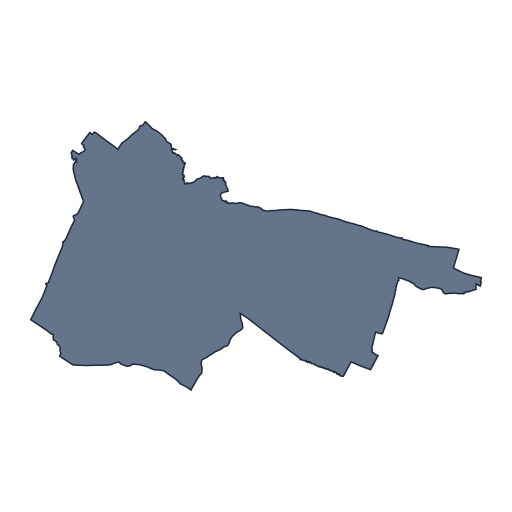 Carpen, Dolj, Romania (Mercator projection)
{"feature_id": "2599482B61425966956832", "entity_name": "Carpen", "entity_type": "district", "adm_level": 2, "iso_a3": "ROU", "parent_name": "Romania", "parent_adm1": "Dolj", "projection": "mercator", "projection_center": [23.264, 44.337], "detail": "fine", "context": "isolated", "style": "filled", "palette": "slate", "viewbox_px": 512, "rotation_deg": 0, "n_neighbors": 0, "source": "geoboundaries", "source_scale": "gbopen_adm2", "svg_char_len": 6043}
<svg xmlns="http://www.w3.org/2000/svg" viewBox="0 0 512 512"><path d="M370.5,369.7L378.1,355.5L376.9,354.9L376.0,355.0L373.5,352.9L372.0,352.1L372.3,349.5L371.6,347.8L372.4,345.8L375.5,332.2L381.3,333.8L382.3,333.7L382.6,333.3L389.1,315.1L389.7,312.0L392.0,305.1L395.0,294.1L395.0,291.9L395.9,289.6L395.7,288.9L396.0,287.3L396.4,286.7L396.2,285.3L396.8,284.7L398.0,280.8L398.9,280.4L398.4,277.9L399.8,277.9L400.7,278.4L402.6,278.7L409.0,281.2L414.0,283.9L416.1,286.4L421.9,289.5L424.0,289.5L426.0,288.6L431.5,287.3L435.1,287.6L439.5,288.4L441.0,289.0L442.1,290.0L443.4,292.8L445.7,293.9L449.0,293.3L453.1,293.3L455.4,293.0L457.6,293.6L463.8,293.7L464.0,292.6L465.8,292.6L466.1,291.5L468.7,291.9L468.9,291.6L470.2,291.1L476.0,289.4L476.1,287.7L475.8,286.5L476.0,284.0L478.0,284.6L477.9,285.2L480.3,286.1L480.9,283.6L481.1,281.9L480.5,281.6L481.3,277.6L471.9,275.5L463.2,272.9L453.4,268.0L459.0,249.4L457.9,249.0L447.3,247.3L428.1,246.4L428.4,245.6L416.6,243.1L408.0,240.4L403.5,239.5L401.5,238.6L401.8,237.9L400.3,238.2L399.2,238.0L398.8,237.5L397.7,237.6L386.8,234.1L378.2,232.0L377.7,231.9L377.5,231.4L376.3,230.9L376.1,231.2L375.5,231.2L371.7,230.2L361.7,226.1L356.2,224.7L353.4,223.7L350.5,223.2L347.9,222.2L346.3,222.3L344.2,221.1L343.4,221.1L339.4,219.4L329.1,216.9L324.6,215.3L319.4,214.2L317.2,213.2L316.7,213.3L315.4,212.7L314.1,212.6L310.2,211.1L300.4,210.4L296.2,209.7L295.1,209.8L290.7,209.4L279.5,210.0L275.0,210.7L274.7,210.4L270.8,210.8L270.4,210.4L269.5,211.0L267.4,211.1L263.1,210.2L260.4,208.0L258.7,207.2L256.8,206.7L255.7,207.0L252.0,206.2L250.4,206.3L248.6,205.7L248.6,205.3L245.5,204.5L243.0,203.2L242.3,203.3L241.0,202.9L238.6,202.7L237.3,203.5L231.8,202.9L230.2,203.5L228.5,202.7L228.2,203.1L227.1,203.0L225.6,202.1L225.7,201.7L226.6,201.5L226.0,200.9L225.9,201.4L225.4,201.6L221.8,199.9L221.5,199.3L221.7,198.6L220.7,197.3L220.5,196.1L220.5,194.8L221.6,192.9L228.2,191.1L227.8,189.4L225.4,184.2L225.9,182.4L224.8,182.4L224.6,182.1L224.7,181.3L224.2,181.2L224.2,180.1L223.9,179.9L223.3,180.2L222.8,179.7L223.4,177.8L219.4,177.8L217.7,176.9L216.8,177.4L216.4,176.9L216.0,178.1L215.0,178.0L214.5,177.6L213.8,177.6L213.4,178.0L210.7,178.2L210.3,178.0L210.2,177.6L209.5,177.5L209.4,176.6L209.0,176.4L206.6,176.3L205.4,176.6L205.0,176.4L205.1,176.0L204.9,175.9L203.7,176.3L203.4,176.0L199.9,178.3L197.1,179.0L194.6,181.6L193.6,182.2L191.7,182.6L190.5,183.2L189.6,183.1L187.9,183.9L187.4,183.5L187.7,183.1L187.6,182.9L186.8,182.9L186.1,183.8L184.6,183.8L184.5,181.5L183.6,180.7L184.0,179.9L183.7,179.5L183.1,180.0L182.9,179.8L182.7,179.0L182.8,178.6L183.3,178.3L183.1,177.5L184.2,177.1L183.8,176.5L184.2,176.1L183.6,174.8L183.3,175.0L182.4,174.3L182.2,173.9L183.2,171.9L183.2,171.3L182.8,170.9L183.0,169.8L183.6,169.3L183.2,168.9L183.7,168.0L183.6,167.0L184.1,166.7L184.0,166.4L184.5,164.5L185.2,163.8L185.3,163.2L184.8,162.6L184.1,163.0L182.8,162.0L182.6,161.1L182.9,160.7L181.1,159.2L181.8,158.5L181.6,157.7L179.9,156.5L178.6,154.9L177.7,154.6L176.8,155.0L174.9,153.1L173.7,152.8L173.8,153.2L173.4,153.5L172.6,152.5L172.1,149.7L173.0,149.2L175.4,149.8L175.7,149.6L173.6,149.0L173.4,148.6L171.6,148.9L171.2,145.3L170.6,143.9L167.2,141.9L165.6,139.9L165.8,138.9L163.2,136.6L162.4,135.4L157.0,131.1L151.9,128.4L149.9,126.0L147.7,124.2L147.4,123.3L145.3,121.9L144.6,122.5L144.1,123.6L142.8,125.1L139.9,126.1L138.8,129.2L137.9,130.1L132.2,134.5L127.8,138.7L121.7,143.3L119.3,146.9L117.9,149.5L113.9,146.1L106.6,141.0L97.4,133.9L94.6,132.1L94.2,132.2L92.7,134.2L92.3,134.4L89.8,132.5L81.6,143.4L81.6,143.8L84.2,145.8L83.5,147.1L85.2,149.3L85.0,150.0L83.8,151.4L80.6,152.9L79.1,154.4L72.6,150.3L71.2,152.8L71.4,154.0L72.0,154.9L71.7,156.1L71.8,156.5L72.5,157.2L71.9,157.8L71.9,158.1L72.4,158.7L73.5,159.0L73.6,159.9L75.3,159.0L76.1,158.2L76.7,158.9L76.8,159.9L75.6,160.9L76.6,161.9L75.3,162.0L74.8,162.4L73.3,165.1L73.5,166.6L73.1,168.5L73.8,172.4L75.7,179.9L76.7,183.0L77.5,184.5L78.5,187.9L78.9,187.9L79.4,190.3L83.6,201.5L78.0,213.2L76.6,214.3L73.4,215.8L73.2,216.6L74.6,220.2L70.7,227.8L66.1,238.5L64.6,240.7L62.7,242.0L63.1,243.7L62.4,246.6L56.5,260.9L54.2,266.8L52.4,272.2L48.3,282.7L45.7,283.7L45.8,284.1L47.0,285.3L42.4,297.0L36.4,308.4L35.6,309.3L35.4,310.3L30.7,319.7L46.9,330.5L51.2,333.9L53.3,334.6L53.1,337.4L53.4,339.7L55.9,341.4L57.1,342.6L57.2,344.3L58.3,344.9L58.5,345.6L59.4,346.1L59.9,347.0L60.3,349.0L59.8,350.0L60.6,352.4L60.7,353.7L59.6,356.0L59.8,356.3L73.1,365.0L85.7,365.5L108.9,365.0L111.7,364.4L114.2,363.2L118.9,362.0L121.0,364.1L127.2,366.4L130.5,365.6L132.8,364.1L139.7,364.7L147.4,366.9L151.1,368.6L153.4,369.4L155.0,369.8L160.0,370.1L164.2,371.0L170.1,375.4L175.9,379.3L178.4,381.6L180.0,383.7L185.8,386.5L191.1,390.1L192.6,386.8L194.1,384.5L196.4,380.2L199.4,375.6L201.3,373.6L201.7,372.9L201.9,371.9L202.1,368.0L201.6,365.8L201.1,364.9L201.1,363.5L201.3,361.9L201.8,360.3L202.3,359.6L207.4,357.1L209.6,355.0L210.6,354.9L215.0,351.9L220.2,349.6L224.7,346.4L226.3,346.2L227.6,345.5L228.3,344.8L229.3,342.5L230.5,339.0L232.4,336.3L236.5,332.5L240.1,330.5L242.4,328.5L242.8,327.1L242.4,325.2L242.4,323.7L240.9,319.5L240.2,313.5L244.4,316.0L248.1,318.5L284.8,347.1L298.4,357.3L299.1,357.5L299.4,358.4L300.0,358.8L300.2,359.7L300.7,359.6L301.3,359.0L301.7,359.7L303.0,360.3L304.7,360.6L304.9,360.4L305.6,361.3L306.2,361.1L306.3,361.7L307.5,361.6L307.8,362.2L308.3,361.5L308.9,362.3L309.3,362.4L309.7,362.1L309.9,362.7L310.4,362.4L310.9,362.7L311.6,363.7L313.8,363.8L314.7,364.3L315.1,365.2L316.0,365.1L318.2,366.6L319.0,366.4L319.4,366.9L319.9,366.6L320.5,367.1L321.2,366.9L321.5,367.4L322.4,367.2L322.8,367.7L323.7,367.7L323.8,368.3L324.5,368.6L326.2,368.5L326.3,369.1L326.6,369.2L327.9,369.0L327.9,369.4L328.6,369.9L329.4,369.6L329.6,370.2L330.3,370.7L330.9,370.5L331.6,371.1L332.8,371.2L333.4,371.8L333.9,371.6L333.8,372.2L335.0,371.8L335.1,372.6L336.3,372.6L336.9,373.0L336.8,373.7L337.5,373.5L337.8,374.3L338.3,374.2L338.8,374.8L339.0,374.7L339.0,374.3L339.3,374.1L339.9,375.5L340.4,375.9L343.3,376.3L351.1,361.8L358.8,365.3L370.5,369.7Z" fill="#64748b" stroke="#1e293b" stroke-width="1.5"/></svg>